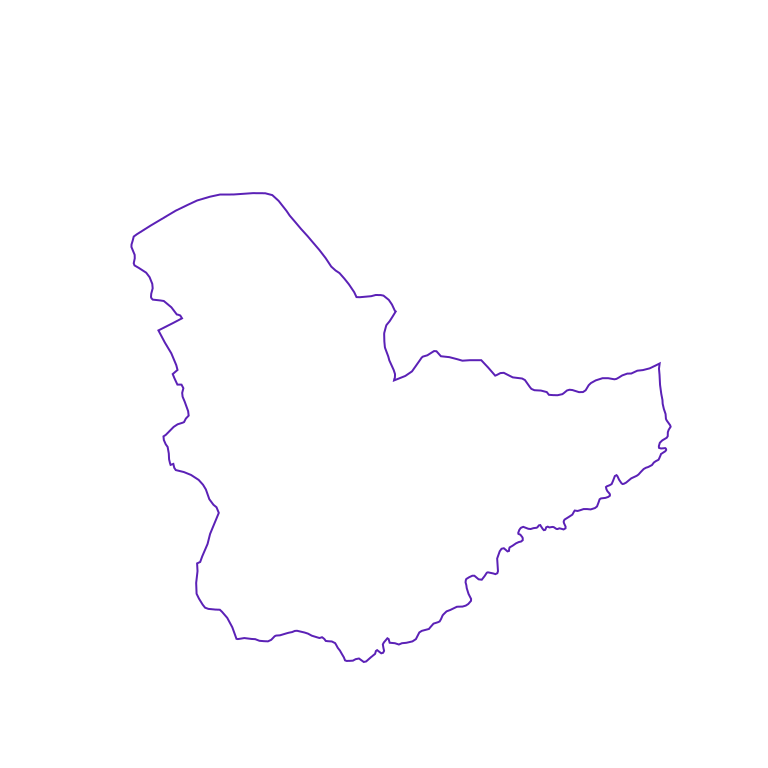 Binh Long, Bình Phước, Vietnam, rotated 155°
{"feature_id": "81297802B43417057118199", "entity_name": "Binh Long", "entity_type": "district", "adm_level": 2, "iso_a3": "VNM", "parent_name": "Vietnam", "parent_adm1": "Bình Phước", "projection": "mercator", "projection_center": [106.575, 11.671], "detail": "fine", "context": "isolated", "style": "outline", "palette": "violet", "viewbox_px": 768, "rotation_deg": 155, "n_neighbors": 0, "source": "geoboundaries", "source_scale": "gbopen_adm2", "svg_char_len": 5266}
<svg xmlns="http://www.w3.org/2000/svg" viewBox="0 0 768 768"><g transform="rotate(155 384 384)"><path d="M535.9,153.2L536.1,150.0L534.9,148.8L532.1,147.6L529.1,146.4L526.0,146.6L522.7,145.8L519.8,140.6L517.4,140.1L511.3,141.9L506.1,143.2L504.2,145.4L502.7,145.7L500.3,141.1L498.4,140.8L496.7,142.1L496.1,144.9L495.1,148.5L493.4,149.8L488.4,152.1L487.6,150.9L488.2,147.1L483.7,144.5L480.6,141.6L477.3,141.5L473.1,140.0L467.0,138.7L462.9,139.3L457.0,143.9L454.1,144.3L446.8,143.0L445.2,143.8L440.4,145.9L435.8,145.3L433.9,145.3L431.6,146.9L428.7,149.5L427.4,150.1L423.4,151.5L419.5,151.2L412.0,151.3L406.9,149.1L403.6,148.6L400.6,149.0L396.8,150.7L395.9,152.4L396.1,158.0L395.3,164.0L394.4,166.9L393.9,169.8L392.7,171.7L391.8,172.5L388.5,172.9L385.0,172.9L383.1,172.0L380.8,167.0L378.1,165.3L374.0,167.4L370.6,169.5L369.4,169.4L365.0,166.1L363.4,164.6L361.3,164.6L359.8,166.2L355.2,178.0L349.8,183.5L347.1,185.0L344.8,184.5L342.8,180.1L341.3,179.9L340.0,182.0L339.2,182.8L335.8,183.1L331.7,183.8L328.7,183.8L326.3,183.3L324.3,183.8L323.4,185.7L323.4,186.8L324.1,189.8L325.5,191.3L325.3,192.3L323.0,194.6L321.4,195.5L320.5,195.8L318.2,195.7L314.4,191.8L312.4,190.6L309.5,190.2L306.4,189.2L305.3,189.4L303.4,190.4L302.0,190.1L301.8,188.2L301.4,185.5L300.9,184.0L299.5,183.7L298.7,184.4L297.5,185.6L295.9,185.5L294.7,184.1L291.8,183.3L290.7,182.6L289.0,179.8L288.0,179.2L286.1,179.1L285.0,178.3L282.7,176.3L280.5,176.5L279.7,178.0L279.7,181.2L279.6,182.5L279.2,183.5L278.5,184.2L277.6,184.8L272.8,185.4L268.5,186.0L265.5,188.2L264.6,188.7L262.2,187.1L259.5,186.7L256.0,186.3L253.1,185.0L249.7,183.0L245.2,182.4L242.7,183.0L239.5,186.1L237.3,188.4L235.7,188.6L231.4,187.2L228.5,186.9L226.5,187.3L226.0,188.2L225.9,189.3L226.8,192.3L226.9,194.6L226.4,196.8L225.3,197.1L222.3,196.9L220.0,197.1L217.6,199.2L213.7,203.0L211.8,203.1L211.4,201.8L211.4,198.0L210.7,193.6L210.0,192.5L208.8,192.2L206.3,192.3L199.8,194.0L193.8,194.0L191.6,194.4L188.3,195.8L184.6,197.2L182.0,197.4L179.6,197.1L175.4,197.3L172.6,198.8L170.2,199.2L167.3,199.3L166.2,200.1L163.6,202.4L162.5,203.5L157.4,204.2L156.1,205.0L155.9,205.7L155.9,206.4L156.3,207.1L157.8,207.6L160.2,208.5L161.7,209.8L161.5,210.8L161.0,211.7L158.8,214.2L155.6,215.3L150.5,215.8L148.9,216.8L147.1,220.4L145.2,222.3L142.3,224.1L142.1,225.7L143.2,231.5L143.2,233.3L141.5,237.8L140.9,243.2L139.8,248.3L138.4,251.8L136.9,257.8L134.2,266.5L130.4,275.9L128.3,281.7L125.5,286.1L129.1,286.0L136.6,285.9L143.5,287.2L148.8,289.0L155.5,289.0L159.1,290.6L164.5,291.1L168.5,290.6L171.2,290.4L173.2,290.9L178.5,294.6L183.5,296.9L190.6,297.8L196.1,297.4L199.0,296.4L203.9,293.1L207.0,292.6L210.7,294.2L215.8,298.9L218.3,300.4L220.9,300.8L224.7,299.8L226.6,299.4L231.5,300.5L235.7,302.6L239.1,304.5L239.9,307.9L244.5,311.7L250.3,314.8L252.5,317.3L253.1,319.7L254.6,328.0L256.5,330.6L264.5,335.6L267.9,339.9L270.7,343.5L273.9,344.7L278.1,344.5L279.7,344.6L282.5,354.4L285.8,364.5L295.9,369.2L303.1,372.0L307.0,375.4L313.4,380.7L320.7,385.1L322.6,391.5L324.7,392.7L332.6,391.7L337.2,392.4L338.7,392.0L342.3,389.9L353.3,383.6L361.3,382.3L373.4,383.0L372.5,384.2L371.5,385.1L370.2,387.5L369.8,388.5L369.3,392.6L369.2,401.5L369.2,403.1L368.5,407.2L367.8,416.0L367.6,417.1L365.7,422.4L362.7,429.3L362.1,430.3L358.0,435.2L357.0,436.3L355.6,437.0L352.4,438.5L348.0,441.3L342.7,444.8L343.2,445.7L343.2,452.6L344.1,458.2L347.1,464.3L349.4,466.0L354.0,468.2L358.5,469.0L369.3,472.9L372.2,474.4L372.2,479.8L373.7,489.3L375.4,496.3L377.5,503.4L379.9,507.3L382.2,512.7L383.7,522.8L386.0,533.0L389.0,543.8L390.7,550.1L393.6,559.4L395.2,565.3L396.2,569.0L398.3,576.5L399.2,582.1L402.1,594.5L405.4,602.4L411.1,607.1L422.2,612.4L440.4,619.4L452.5,625.0L462.6,627.3L475.8,629.3L486.1,629.3L499.6,629.1L528.5,626.2L544.4,624.2L548.5,623.4L551.3,620.0L553.9,617.1L555.0,614.9L555.4,606.4L556.8,603.2L559.8,599.2L560.0,596.9L557.2,592.9L552.5,585.4L551.3,579.9L551.7,572.7L553.2,568.5L556.8,564.2L558.4,561.3L558.5,559.8L557.9,558.2L551.5,554.3L548.5,552.3L544.3,543.4L542.4,534.6L541.2,533.7L539.7,532.2L539.3,528.9L549.6,528.4L565.8,527.9L565.1,514.2L563.8,501.7L564.3,488.9L565.2,484.0L571.3,482.3L571.5,477.9L571.5,470.8L567.8,469.0L567.6,465.0L570.7,461.2L571.9,457.6L572.1,452.3L573.0,442.2L574.4,437.9L578.2,436.4L581.3,434.0L582.8,434.0L588.1,434.7L592.8,434.0L603.3,430.1L606.0,429.7L607.2,426.3L607.3,421.6L606.7,418.4L608.4,412.0L610.6,406.6L611.4,402.7L611.6,400.9L608.7,400.6L609.5,396.7L609.1,394.0L602.6,388.8L597.3,383.1L592.5,375.4L590.6,369.2L590.0,363.7L591.0,353.4L589.6,346.6L587.9,343.1L588.2,337.0L598.9,327.2L605.0,321.6L611.5,313.6L621.6,304.6L625.8,300.4L629.2,300.4L632.1,293.2L638.3,283.1L642.5,273.1L642.4,267.7L641.6,260.7L640.7,256.9L638.2,254.4L632.1,250.8L628.2,248.8L627.1,246.1L624.9,238.3L624.3,227.6L625.0,219.8L625.2,217.7L625.4,215.4L624.3,214.6L621.6,213.8L618.0,212.8L611.6,208.8L608.6,207.2L605.4,203.9L601.4,201.6L597.9,199.8L594.4,199.8L592.5,200.5L589.7,201.6L588.1,201.6L584.5,200.2L577.6,199.2L575.3,198.8L572.1,198.0L569.2,197.9L567.1,197.1L561.1,192.4L558.4,189.9L555.8,186.4L551.6,182.6L549.9,181.1L548.3,180.8L547.2,180.7L546.6,179.7L545.8,178.0L545.4,175.8L543.7,174.7L540.1,172.7L537.8,169.8L537.6,167.8L537.4,164.4L536.6,161.0L536.3,157.3L535.9,153.2Z" fill="none" stroke="#5b21b6" stroke-width="2"/></g></svg>